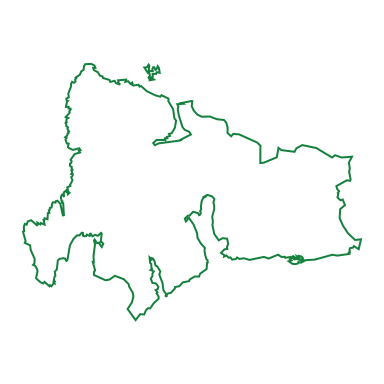 Vindafjord nor, Rogaland, Norway (Albers equal-area conic projection)
{"feature_id": "86288312B43548013531547", "entity_name": "Vindafjord nor", "entity_type": "district", "adm_level": 2, "iso_a3": "NOR", "parent_name": "Norway", "parent_adm1": "Rogaland", "projection": "albers", "projection_center": [5.868, 59.547], "detail": "fine", "context": "isolated", "style": "outline", "palette": "green", "viewbox_px": 384, "rotation_deg": 0, "n_neighbors": 0, "source": "geoboundaries", "source_scale": "gbopen_adm2", "svg_char_len": 5858}
<svg xmlns="http://www.w3.org/2000/svg" viewBox="0 0 384 384"><path d="M135.6,320.1L140.1,314.2L144.2,314.5L146.0,310.1L148.1,308.2L150.1,308.4L153.9,303.0L158.6,298.8L158.6,296.5L156.6,293.3L157.5,292.4L155.7,290.0L157.7,289.1L158.4,286.8L156.0,283.5L152.4,282.9L150.8,278.7L152.4,276.2L152.4,273.8L153.7,271.4L150.6,270.0L152.1,269.0L151.5,268.2L151.2,263.9L150.1,262.8L149.6,257.3L151.5,259.0L152.3,257.4L151.8,259.5L153.1,258.8L154.5,261.1L155.5,265.5L157.3,266.5L160.3,271.3L159.3,274.6L162.5,283.0L163.4,290.2L166.3,294.4L165.6,295.9L166.2,296.3L166.8,296.0L166.6,294.6L168.1,293.4L170.8,292.9L174.9,288.5L175.0,287.1L179.3,286.2L182.8,282.4L189.1,281.1L189.7,279.5L194.7,276.5L199.1,276.5L200.1,273.7L206.6,269.0L207.1,262.7L207.8,262.4L207.5,260.1L206.4,259.1L205.2,255.1L204.5,251.0L204.8,247.7L201.0,243.8L197.4,237.6L197.2,233.6L193.7,224.7L189.1,218.1L187.8,218.1L187.5,219.8L185.9,221.4L184.8,218.6L187.9,215.7L189.4,215.8L193.1,211.8L197.9,213.0L199.1,215.2L200.3,214.5L200.8,212.8L200.1,211.1L201.1,209.6L200.9,206.4L201.7,200.9L203.3,197.9L205.0,197.0L204.2,196.7L207.2,194.9L211.9,196.3L214.4,199.0L213.4,202.6L214.2,205.7L214.2,209.3L212.2,216.8L212.9,221.8L212.4,225.1L214.3,234.0L218.7,240.3L222.5,238.2L227.1,238.7L228.2,243.9L227.0,246.9L227.3,249.0L224.5,249.3L221.0,252.9L224.4,255.3L224.1,256.6L226.4,255.5L228.6,257.7L230.4,257.4L232.1,259.6L235.7,259.1L237.1,257.5L239.3,258.9L244.2,258.3L249.5,259.9L263.9,256.9L268.6,258.5L278.2,254.7L281.3,256.9L284.9,256.8L285.3,257.8L290.7,256.9L291.5,258.2L289.9,259.2L291.4,260.4L288.7,261.3L292.4,263.8L295.7,264.1L298.2,263.3L298.4,262.1L301.0,262.7L303.4,261.4L296.6,258.8L294.6,259.4L292.5,258.2L293.3,257.2L292.4,255.7L296.1,258.1L298.2,257.9L297.1,256.3L299.5,257.4L299.1,255.9L301.7,256.6L302.9,258.1L301.9,259.1L304.0,260.3L314.8,259.6L332.2,254.8L337.5,255.6L349.4,253.9L348.8,252.4L349.9,252.2L349.5,249.3L350.1,248.1L353.1,247.6L353.9,246.1L358.7,249.2L361.0,239.3L355.1,240.0L348.0,233.3L343.1,225.9L339.6,218.1L340.2,209.1L345.0,205.1L342.7,199.5L340.5,200.3L337.5,197.5L338.3,193.5L337.8,192.9L339.1,191.2L337.1,188.9L336.4,186.1L346.8,180.3L350.0,180.8L350.6,179.6L349.1,171.5L349.8,168.6L348.9,162.5L352.0,156.7L341.7,157.5L335.0,155.2L332.0,157.5L316.3,148.0L302.3,145.1L296.4,148.3L294.5,151.8L281.2,150.1L278.5,147.9L276.8,157.3L263.8,162.7L260.3,163.0L260.4,145.7L257.3,142.6L239.1,134.4L233.3,133.9L231.1,136.3L227.5,132.9L227.6,127.6L226.3,122.7L223.9,119.9L217.2,119.3L209.7,116.5L201.6,116.7L197.1,114.4L193.7,110.5L191.7,106.1L192.3,101.1L191.7,101.0L181.4,103.0L182.9,103.8L177.3,104.2L178.4,106.9L177.7,109.0L178.8,115.3L182.4,126.9L184.7,129.8L189.2,131.8L190.9,134.5L180.3,139.9L181.2,140.0L180.8,140.4L158.6,143.4L154.9,145.2L153.2,143.1L156.6,139.9L164.0,140.0L164.8,138.7L165.4,139.6L165.5,138.2L167.3,138.2L166.9,136.9L170.0,135.9L169.0,133.9L171.7,133.2L174.9,127.7L176.1,120.6L174.4,118.4L173.1,109.2L168.3,101.1L168.6,98.7L161.4,95.2L160.3,96.7L155.2,95.3L146.8,91.2L141.0,86.0L139.5,86.6L138.5,84.8L133.2,85.5L131.8,84.6L132.6,83.6L132.2,82.5L130.3,83.8L128.2,81.2L125.4,81.8L126.1,79.6L118.2,80.3L118.6,81.2L118.0,82.4L120.2,84.6L116.0,83.2L114.6,80.8L110.3,81.9L109.4,79.9L103.0,78.0L102.6,76.5L99.9,75.6L97.8,72.2L93.8,70.0L93.2,67.9L95.4,67.9L94.4,65.4L91.2,63.9L85.2,64.2L84.0,66.3L83.5,69.9L81.3,71.3L79.9,74.7L75.7,77.5L76.3,78.2L75.1,79.6L75.5,81.6L73.9,82.8L72.1,81.8L71.0,83.8L71.1,86.2L68.3,93.7L68.8,97.3L66.3,98.6L66.9,101.1L67.7,101.1L66.9,102.0L65.9,106.9L68.6,106.8L68.6,108.4L69.4,108.8L71.4,108.5L69.9,109.2L70.4,109.9L69.3,111.4L69.7,112.7L65.7,117.0L68.1,118.0L66.7,118.7L66.2,121.5L66.7,122.1L65.5,123.0L66.3,124.2L66.2,126.0L68.0,127.4L67.4,128.8L69.0,131.5L68.2,131.8L68.5,133.3L67.5,133.7L67.2,135.5L65.2,137.2L66.5,137.9L65.5,139.4L66.8,143.4L68.7,143.7L67.9,147.0L68.8,148.0L72.8,149.9L79.3,148.3L80.5,150.1L78.8,150.7L80.0,152.5L74.7,154.0L70.6,159.8L71.6,161.1L71.2,163.0L70.0,163.7L69.9,165.8L71.8,167.0L71.5,168.0L72.5,169.9L71.4,170.3L72.2,173.0L71.3,173.9L72.7,174.2L72.7,175.6L71.2,177.2L72.5,180.3L69.9,185.2L70.4,185.9L67.2,187.4L68.4,192.0L69.5,192.8L67.9,194.3L67.5,191.7L66.8,191.9L66.9,189.8L63.8,192.4L64.0,197.0L62.9,194.4L62.0,194.6L60.8,197.1L61.7,201.4L62.4,201.4L62.1,202.8L63.2,203.1L63.9,215.2L62.9,215.4L60.3,203.8L57.4,200.7L55.8,201.1L55.5,202.6L53.1,202.2L52.2,203.4L51.6,207.4L49.8,208.0L49.7,209.9L48.8,210.3L49.4,212.9L47.9,213.1L47.5,219.2L44.6,218.2L44.3,220.1L43.6,220.0L44.6,224.6L40.9,223.0L40.4,224.4L37.4,222.7L37.7,224.7L37.0,225.3L31.1,220.2L27.7,221.5L26.6,224.7L24.8,223.9L23.8,227.0L24.2,231.2L23.0,231.7L25.6,241.0L24.7,242.9L30.1,245.3L30.7,250.0L34.7,258.9L34.4,263.5L33.1,264.9L35.2,265.8L37.2,269.4L37.5,271.4L36.1,278.1L36.4,278.7L40.7,282.4L43.4,283.4L44.4,281.9L49.4,286.2L49.9,285.2L51.3,286.3L53.3,283.9L53.5,282.5L54.6,283.2L54.3,281.8L54.8,281.4L53.7,280.5L54.5,276.8L55.4,275.8L54.8,271.6L56.8,269.5L57.8,260.6L59.4,258.9L63.2,258.2L65.0,258.5L66.3,260.9L67.4,260.1L69.9,245.4L73.4,239.0L77.1,235.3L79.4,235.4L81.8,232.7L82.9,232.9L83.1,235.8L84.4,236.3L86.2,236.1L86.9,234.6L89.6,236.0L90.3,235.2L90.0,233.9L90.7,233.6L92.4,236.3L95.2,234.8L97.9,235.8L101.0,232.9L101.7,233.5L100.8,241.3L103.3,243.7L101.7,247.0L99.7,244.3L99.6,242.5L97.2,243.2L94.6,239.5L94.0,240.6L95.0,244.2L93.5,256.2L93.8,262.2L92.8,262.0L95.1,270.4L93.9,272.0L94.0,275.0L105.6,280.3L109.7,279.5L114.8,275.8L123.8,279.2L128.7,284.2L129.0,286.3L132.8,292.8L133.4,296.9L131.8,302.6L127.6,309.0L135.6,320.1ZM149.3,65.6L148.6,64.6L147.0,67.2L144.4,67.5L147.5,72.4L148.8,70.8L148.7,73.2L149.4,73.2L149.9,75.7L148.6,77.7L149.6,79.2L150.7,78.8L150.0,80.2L153.9,79.5L151.1,77.5L152.8,76.7L152.6,74.0L156.2,73.8L156.7,72.2L159.7,72.8L158.9,67.9L157.7,66.2L156.4,69.5L155.4,69.9L154.3,67.3L153.2,67.2L152.3,69.1L152.8,71.2L149.5,71.0L148.8,70.3L149.3,65.6Z" fill="none" stroke="#15803d" stroke-width="2"/></svg>